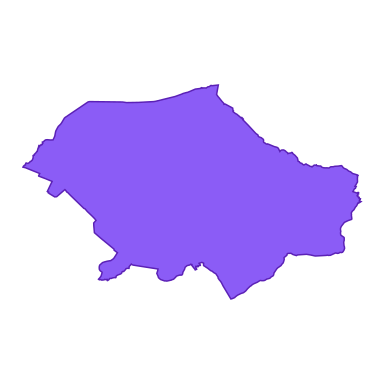 Albeni, Gorj, Romania
{"feature_id": "2599482B6385563312435", "entity_name": "Albeni", "entity_type": "district", "adm_level": 2, "iso_a3": "ROU", "parent_name": "Romania", "parent_adm1": "Gorj", "projection": "equal_earth", "projection_center": [23.622, 45.016], "detail": "fine", "context": "isolated", "style": "filled", "palette": "violet", "viewbox_px": 384, "rotation_deg": 0, "n_neighbors": 0, "source": "geoboundaries", "source_scale": "gbopen_adm2", "svg_char_len": 5982}
<svg xmlns="http://www.w3.org/2000/svg" viewBox="0 0 384 384"><path d="M342.4,252.3L343.1,251.6L344.0,250.1L344.6,248.3L344.4,246.7L344.0,245.6L343.7,242.1L344.2,240.3L344.2,238.5L344.2,237.8L343.8,237.2L341.2,235.4L340.7,234.8L340.5,232.9L340.8,231.4L340.5,229.8L340.5,228.6L340.7,227.7L341.5,226.1L344.4,222.4L348.1,220.6L351.6,219.4L351.8,219.0L351.8,218.3L351.4,215.3L351.5,214.1L351.3,213.3L351.4,212.7L352.4,211.1L353.9,209.8L355.5,207.0L356.4,206.1L357.4,204.4L357.7,203.2L358.4,203.2L358.6,202.8L359.0,202.9L359.7,202.5L361.0,201.6L359.3,201.0L359.5,200.7L359.5,200.1L359.9,199.6L360.2,199.6L360.4,198.8L359.6,198.8L359.6,198.6L358.9,198.0L359.3,197.7L359.2,197.3L357.9,196.7L357.8,196.4L357.2,195.9L357.2,195.7L357.8,195.6L357.8,195.4L357.4,195.3L357.4,195.1L358.0,194.9L357.7,193.8L358.5,193.7L358.3,193.3L358.6,192.7L358.3,192.5L357.9,192.9L357.5,192.7L357.3,193.1L357.1,193.1L352.9,191.6L354.5,188.7L355.4,188.4L355.4,188.0L356.2,186.5L355.0,186.3L357.5,182.0L357.4,178.4L357.6,176.5L357.3,176.0L358.1,175.5L358.0,175.3L357.1,174.8L352.6,173.5L350.7,171.9L348.6,171.0L346.7,169.4L344.5,168.5L343.5,167.9L342.9,167.3L342.3,166.3L341.7,165.8L341.3,165.6L338.2,166.1L334.8,166.3L333.3,166.7L330.9,166.8L330.5,166.9L329.2,167.9L328.3,168.0L326.8,167.8L326.1,167.9L323.9,167.8L323.0,167.6L321.5,167.0L321.1,166.3L320.6,166.0L319.6,166.0L316.9,165.7L316.5,165.3L316.4,164.9L315.6,165.2L314.2,165.1L312.0,166.9L311.7,166.8L311.2,166.4L310.2,166.4L309.0,165.6L306.4,164.3L306.0,163.9L304.0,164.9L303.6,164.9L302.4,164.1L301.8,163.3L300.8,163.2L299.6,162.4L299.4,161.8L298.0,161.1L297.9,160.1L297.4,158.0L295.1,155.4L292.6,153.4L292.5,152.8L292.2,152.5L291.8,152.4L290.7,153.0L289.1,153.2L287.9,153.6L287.7,152.9L286.2,151.8L285.5,151.0L284.0,150.1L283.2,149.9L281.4,150.1L280.5,150.7L279.9,151.5L278.3,148.2L277.0,147.3L274.3,146.6L268.5,144.2L267.4,143.9L267.1,144.2L266.3,144.0L265.8,143.7L265.3,143.2L264.2,142.7L263.8,142.4L263.5,141.9L263.6,140.6L263.4,139.4L261.3,137.7L259.3,137.0L258.6,136.6L258.0,135.8L258.1,135.3L257.5,134.5L256.7,134.2L255.5,133.1L248.1,125.1L242.7,119.6L243.3,119.1L242.7,118.4L241.8,117.5L241.3,118.0L236.8,114.2L235.4,113.5L233.1,111.7L233.0,111.3L233.4,110.8L233.0,110.4L232.7,108.1L225.3,104.1L224.1,104.3L224.2,103.9L224.1,103.7L221.9,101.3L219.2,97.9L217.7,96.2L217.5,95.7L216.6,94.5L218.3,85.0L211.9,85.7L211.5,85.5L210.8,85.5L209.3,86.6L207.7,86.9L206.3,88.0L203.7,87.9L202.8,88.2L202.6,87.9L202.0,87.8L201.7,88.0L201.3,87.7L200.8,88.1L200.7,88.4L195.3,89.1L187.5,92.4L186.6,92.5L183.0,93.5L181.5,94.2L175.1,96.5L155.6,101.3L153.6,101.6L138.7,102.4L126.6,102.6L122.5,102.0L89.7,101.6L88.1,101.9L65.2,117.4L64.4,118.1L61.7,122.7L60.6,124.2L58.4,126.3L57.7,127.4L55.9,130.8L55.6,131.7L54.8,136.0L54.2,137.5L53.0,139.9L50.5,140.0L47.3,139.7L45.9,139.8L44.6,140.5L44.0,141.2L43.0,142.0L42.4,142.0L42.4,142.6L42.8,143.4L42.2,143.9L42.3,144.4L41.6,144.9L41.0,144.7L40.8,145.2L40.2,145.5L39.5,146.3L39.4,146.2L39.2,145.5L38.9,145.5L38.5,147.2L38.7,147.7L38.1,148.1L37.7,149.4L37.6,150.1L37.3,150.7L37.3,151.2L37.2,151.5L36.6,151.8L36.1,152.6L34.4,154.3L34.2,154.6L34.4,154.9L34.3,155.1L33.3,155.4L33.1,155.6L33.3,155.9L33.1,156.6L33.1,158.0L32.5,159.6L32.3,160.0L31.1,161.2L30.2,161.5L29.5,162.5L28.7,163.0L28.0,163.4L27.2,163.3L26.4,163.0L25.9,163.1L25.6,163.7L25.5,164.9L24.6,165.1L23.3,166.4L23.0,167.2L25.3,167.7L39.7,173.5L38.6,175.9L38.7,176.1L44.0,178.1L52.1,181.4L47.3,191.5L48.5,192.0L48.2,192.7L48.9,193.0L49.0,193.4L54.7,196.9L56.7,196.7L64.9,189.6L65.4,190.0L66.7,191.9L67.0,192.2L67.4,192.2L70.6,195.5L83.9,208.4L85.0,208.8L87.3,211.5L91.2,215.2L94.6,218.6L96.0,220.4L93.7,223.0L93.8,225.8L94.4,232.7L101.1,238.5L114.0,249.1L114.1,250.2L117.4,252.7L115.0,256.5L113.6,258.6L110.8,260.6L107.2,261.2L104.5,261.9L102.5,262.6L99.7,265.1L99.3,266.4L99.2,268.0L99.4,269.6L100.3,270.9L101.9,272.0L102.1,272.6L101.1,276.0L99.9,277.7L98.5,279.2L99.3,279.8L100.4,279.6L101.7,280.1L103.2,280.0L104.5,279.7L104.8,279.4L105.2,279.6L105.9,279.5L107.2,279.5L107.1,280.3L107.2,280.5L107.6,280.6L109.0,279.6L109.3,279.0L109.8,278.5L111.5,278.4L112.6,277.9L115.2,277.5L115.7,277.7L116.0,277.3L116.1,276.4L116.5,275.8L117.8,275.0L120.8,273.9L121.7,273.0L121.9,272.2L122.3,271.7L122.6,271.5L123.7,271.5L125.4,269.7L126.1,268.6L127.5,268.3L129.0,268.4L129.2,266.5L131.3,264.1L131.9,264.6L133.1,265.1L158.0,269.0L157.7,270.7L156.8,273.4L158.0,276.1L158.5,277.7L160.5,279.5L164.5,280.9L166.0,280.9L166.8,281.1L170.9,280.2L171.6,280.0L171.7,279.8L173.4,279.3L174.2,278.7L174.7,278.1L175.6,277.3L176.2,276.4L177.3,275.8L179.6,275.1L181.4,275.1L182.0,274.9L182.7,273.8L182.7,273.0L183.1,271.9L184.6,269.2L185.1,267.3L187.1,265.6L189.7,265.0L190.9,264.2L191.4,264.9L191.8,264.8L191.7,265.2L193.7,267.8L194.9,269.2L195.2,269.9L195.4,269.9L196.7,269.2L195.8,267.4L195.7,267.0L195.8,266.4L196.4,266.6L196.9,266.3L197.7,266.8L198.2,266.6L198.1,265.7L199.6,265.6L200.3,265.4L200.4,265.1L199.9,264.3L199.1,263.3L201.9,262.4L203.6,263.2L203.5,265.1L203.7,265.7L204.0,265.8L206.5,267.5L207.5,268.1L210.6,270.6L212.1,271.2L213.9,272.7L215.8,273.7L217.9,276.8L218.2,278.3L219.3,279.9L220.6,281.4L221.5,282.8L223.1,286.0L230.9,299.0L232.3,298.6L234.7,297.6L235.3,296.9L237.5,295.2L241.0,293.5L243.5,292.7L245.7,291.0L247.6,288.7L250.2,286.2L250.8,286.0L252.0,284.9L253.5,283.9L257.4,282.2L259.9,280.6L260.4,280.5L262.0,280.7L264.0,280.6L265.1,280.2L266.1,279.5L266.8,279.1L269.5,278.4L270.2,278.0L271.2,276.9L273.0,275.9L273.6,275.0L274.0,273.0L276.8,268.8L277.9,267.7L278.9,267.1L279.5,266.6L281.0,265.6L282.0,264.1L283.1,263.0L283.5,262.0L284.2,259.6L284.2,258.9L284.0,257.9L284.1,257.5L285.9,256.1L286.6,255.5L287.0,255.0L287.1,254.1L287.4,253.7L287.9,253.4L291.0,253.3L292.9,254.5L296.4,255.6L297.0,255.2L297.7,254.9L306.5,254.3L310.7,255.0L314.6,255.9L315.5,256.0L326.4,255.4L327.2,255.1L328.2,255.4L330.3,255.3L331.3,254.9L335.2,253.1L335.7,253.0L337.7,253.4L338.9,253.1L340.0,252.3L341.1,252.6L342.4,252.3Z" fill="#8b5cf6" stroke="#5b21b6" stroke-width="1.5"/></svg>